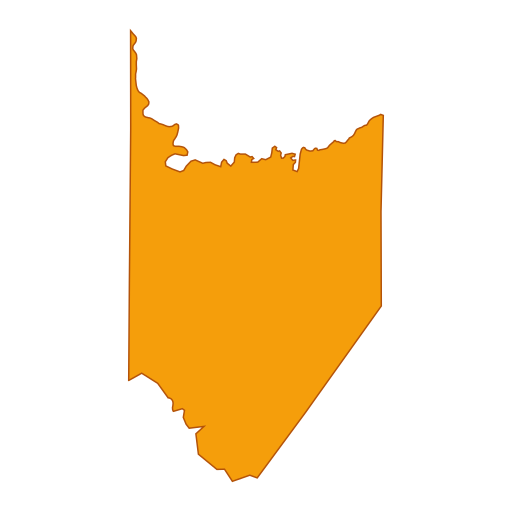 Armstrong, Pennsylvania, United States of America (orthographic projection)
{"feature_id": "52423323B60560840330352", "entity_name": "Armstrong", "entity_type": "district", "adm_level": 2, "iso_a3": "USA", "parent_name": "United States of America", "parent_adm1": "Pennsylvania", "projection": "orthographic", "projection_center": [-79.507, 40.848], "detail": "fine", "context": "isolated", "style": "filled", "palette": "amber", "viewbox_px": 512, "rotation_deg": 0, "n_neighbors": 0, "source": "geoboundaries", "source_scale": "gbopen_adm2", "svg_char_len": 3306}
<svg xmlns="http://www.w3.org/2000/svg" viewBox="0 0 512 512"><path d="M128.7,380.4L128.8,380.4L141.7,373.2L157.7,383.3L168.2,397.9L168.9,397.8L170.9,398.7L172.0,399.8L172.8,401.3L173.1,403.1L172.9,405.5L172.5,407.5L172.6,409.4L173.1,411.0L173.5,411.3L182.3,408.7L184.5,410.3L183.3,417.4L186.1,424.2L189.2,428.2L204.0,426.4L195.9,433.8L198.4,454.2L216.9,469.4L224.5,469.2L232.4,481.3L249.8,475.2L257.2,477.9L305.8,412.0L316.8,396.5L381.3,306.0L381.0,211.6L383.3,115.4L380.7,114.4L379.4,115.2L373.5,117.4L371.4,118.8L369.4,120.6L368.9,121.4L368.1,122.9L367.8,123.4L367.6,123.9L366.5,125.2L365.1,125.3L363.5,126.1L362.3,127.0L361.5,127.4L359.8,127.9L358.4,128.6L357.2,129.1L356.4,129.8L356.2,130.3L355.8,130.9L355.4,131.7L354.6,133.5L353.4,135.4L352.0,136.6L351.1,137.1L349.3,138.0L348.8,139.0L347.5,140.4L346.4,141.9L345.2,143.0L343.5,143.3L341.6,142.9L339.7,142.4L338.6,141.7L336.4,141.6L335.1,140.5L334.2,140.8L333.8,141.6L331.4,143.6L329.6,145.2L328.4,146.7L328.1,147.2L327.5,147.9L326.2,148.5L324.8,148.9L322.5,149.4L319.9,149.8L318.9,150.4L317.5,150.2L317.1,149.1L316.8,148.4L315.6,148.2L314.8,148.5L314.0,149.3L312.8,150.8L310.0,151.1L306.5,150.0L305.3,148.8L304.8,147.8L303.5,147.4L302.6,147.9L301.5,149.2L300.2,154.0L299.1,164.0L298.6,168.5L297.1,171.6L292.9,170.0L293.3,164.6L295.4,162.3L295.6,160.0L294.4,160.1L292.8,160.4L290.7,157.9L292.9,156.4L294.5,156.6L295.2,154.2L292.0,153.3L287.7,154.2L285.3,154.7L284.9,156.5L283.3,158.1L281.6,158.2L280.6,155.3L281.2,153.0L279.6,150.9L278.2,151.3L275.8,149.7L276.6,147.6L274.8,146.3L272.3,148.1L271.8,152.7L270.7,157.1L265.7,159.7L261.7,158.7L257.7,162.2L254.0,162.3L251.4,162.3L251.8,159.5L253.7,158.5L252.1,156.6L250.2,157.0L245.4,154.1L240.4,154.1L238.3,153.4L236.1,154.8L234.7,157.7L234.3,162.1L230.8,166.1L227.2,163.2L226.2,160.7L224.0,159.4L221.6,162.2L220.7,166.7L215.1,164.8L210.5,162.3L205.9,162.5L202.8,163.3L195.2,159.9L191.0,161.2L186.3,166.1L183.7,170.5L180.0,171.9L172.2,169.0L165.8,165.9L165.3,161.8L167.9,157.7L170.4,156.0L172.2,155.0L175.0,153.8L183.6,155.6L187.1,155.2L187.8,151.9L186.5,149.7L184.4,147.7L183.4,147.2L181.6,146.7L179.1,146.3L175.2,146.3L173.8,145.8L173.2,145.1L173.0,143.2L173.5,140.8L174.2,139.6L174.8,138.9L175.4,137.8L176.2,136.7L176.4,136.2L176.6,135.8L177.0,134.9L177.8,131.9L178.0,130.9L178.2,130.0L178.6,128.1L178.5,125.6L178.1,124.8L176.5,123.9L174.9,124.4L173.7,125.3L172.3,126.3L169.3,126.7L167.4,126.4L165.4,125.7L165.0,125.5L164.0,125.1L163.4,124.8L161.9,124.3L160.5,123.9L159.1,123.6L157.5,122.3L156.1,121.5L154.2,120.4L151.8,118.8L150.9,118.4L149.6,117.9L148.5,117.8L147.2,117.4L146.1,117.2L145.1,116.8L144.4,116.4L143.4,115.3L143.0,114.0L142.9,110.4L143.2,109.8L144.7,108.0L147.7,105.6L148.7,104.0L148.9,101.9L148.4,100.9L148.1,100.3L147.7,99.6L147.4,99.1L146.7,98.2L145.5,97.1L144.6,96.0L142.2,94.1L140.7,93.0L139.7,92.6L138.7,91.6L138.0,90.6L137.6,89.7L136.9,87.9L136.3,85.6L136.0,83.1L135.5,78.7L135.6,77.4L135.6,76.0L135.6,73.9L136.1,71.6L136.5,69.0L136.3,64.7L136.3,61.7L136.8,58.7L136.5,54.8L136.1,53.8L135.6,52.9L135.0,52.1L134.5,51.4L133.3,50.0L132.7,48.5L133.0,46.0L133.3,45.3L134.2,44.1L135.5,42.4L135.8,41.7L136.1,40.9L136.4,38.3L135.8,36.8L134.9,35.7L133.1,33.8L131.2,31.4L130.6,30.7L130.7,128.5L129.9,223.3L129.4,280.1L128.7,380.4Z" fill="#f59e0b" stroke="#b45309" stroke-width="1.5"/></svg>